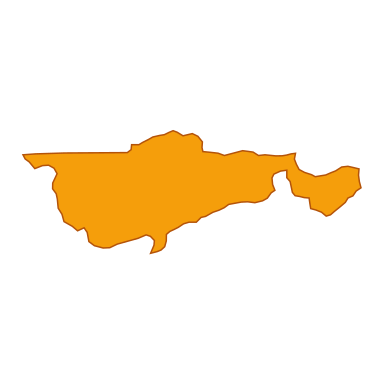 Monte Horebe, Paraíba, Brazil
{"feature_id": "56859067B9336888830102", "entity_name": "Monte Horebe", "entity_type": "district", "adm_level": 2, "iso_a3": "BRA", "parent_name": "Brazil", "parent_adm1": "Paraíba", "projection": "orthographic", "projection_center": [-38.512, -7.21], "detail": "fine", "context": "isolated", "style": "filled", "palette": "amber", "viewbox_px": 384, "rotation_deg": 0, "n_neighbors": 0, "source": "geoboundaries", "source_scale": "gbopen_adm2", "svg_char_len": 1704}
<svg xmlns="http://www.w3.org/2000/svg" viewBox="0 0 384 384"><path d="M58.2,208.2L62.0,214.3L64.0,221.6L72.3,226.3L77.6,230.8L84.1,227.8L87.2,232.4L88.9,241.6L94.4,245.7L103.1,248.0L109.8,247.7L117.3,244.1L138.1,238.3L146.1,234.9L150.4,236.3L154.4,240.5L154.0,245.2L150.6,253.3L157.2,251.6L161.1,250.0L164.7,246.7L166.3,240.9L166.4,234.4L169.9,231.4L174.0,229.5L178.2,227.4L183.6,223.8L189.0,222.2L196.3,222.2L201.1,217.4L205.6,216.4L212.8,212.3L219.0,210.2L224.2,207.7L228.7,204.4L234.1,203.4L241.2,202.1L247.7,201.8L254.9,202.7L262.6,200.8L267.3,198.2L271.2,192.8L274.9,190.3L272.6,184.5L272.0,177.9L273.9,174.1L280.5,171.1L286.8,170.2L286.8,177.7L290.1,181.5L291.2,186.7L292.4,192.4L295.1,195.7L299.8,196.5L304.2,197.6L309.1,198.0L309.8,203.0L310.7,208.6L315.9,210.0L321.5,212.2L326.2,216.1L330.5,214.8L334.3,211.5L340.6,206.4L345.3,202.4L348.0,198.0L352.9,195.9L356.2,191.0L361.0,187.8L359.4,181.8L358.5,175.2L359.0,168.9L353.2,167.5L347.9,166.3L341.7,167.0L335.6,170.9L331.0,172.7L325.7,175.0L320.7,175.8L315.2,176.7L311.6,174.7L304.5,172.4L299.1,169.5L296.4,164.3L294.4,159.1L295.5,153.3L291.0,153.9L286.5,155.1L282.1,155.8L275.8,155.9L265.0,154.8L258.5,155.5L253.1,152.1L248.2,151.4L242.6,150.7L238.1,151.9L232.0,153.5L224.4,155.5L218.1,153.2L210.2,152.3L202.9,151.6L202.0,147.6L202.4,141.9L197.9,136.3L192.3,133.6L183.0,135.8L177.1,132.2L173.1,130.7L169.0,132.4L164.3,134.7L159.8,135.4L152.8,137.0L148.8,139.3L142.5,142.5L138.9,144.7L131.6,144.7L131.1,149.7L127.3,152.6L64.7,153.0L35.4,153.9L23.0,154.8L25.2,159.0L29.2,161.9L34.8,168.6L42.5,165.6L48.6,165.2L54.0,168.2L57.1,173.7L52.7,183.1L52.6,188.8L56.2,193.7L57.3,198.9L58.2,208.2Z" fill="#f59e0b" stroke="#b45309" stroke-width="1.5"/></svg>